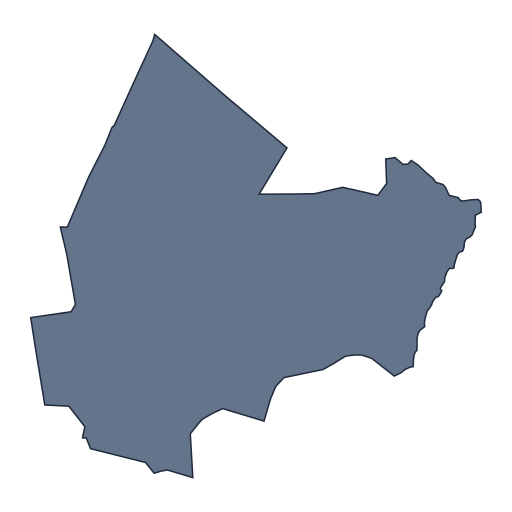 Rockingham, New Hampshire, United States of America
{"feature_id": "52423323B53018851624800", "entity_name": "Rockingham", "entity_type": "district", "adm_level": 2, "iso_a3": "USA", "parent_name": "United States of America", "parent_adm1": "New Hampshire", "projection": "orthographic", "projection_center": [-70.949, 43.006], "detail": "fine", "context": "isolated", "style": "filled", "palette": "slate", "viewbox_px": 512, "rotation_deg": 0, "n_neighbors": 0, "source": "geoboundaries", "source_scale": "gbopen_adm2", "svg_char_len": 1816}
<svg xmlns="http://www.w3.org/2000/svg" viewBox="0 0 512 512"><path d="M411.2,160.5L407.9,164.1L402.9,164.3L395.1,157.6L385.7,159.0L386.6,183.5L377.9,195.3L342.7,187.3L314.5,193.7L295.4,194.0L259.1,194.2L287.0,147.9L226.2,96.6L222.8,93.7L154.7,34.4L152.9,40.9L134.4,81.0L114.3,125.4L112.1,127.2L104.9,145.1L88.7,176.9L67.3,227.1L60.3,227.0L66.5,253.2L66.6,253.4L75.4,304.4L71.2,311.7L30.7,317.6L35.9,351.0L44.8,405.0L68.8,406.2L84.8,426.6L82.5,437.9L86.3,438.0L90.5,448.7L130.8,458.8L145.5,462.5L154.2,473.3L161.6,471.0L167.3,470.0L176.8,472.8L192.8,477.6L190.3,433.8L192.6,430.9L197.4,424.8L201.5,420.1L202.3,419.3L202.7,419.0L212.4,413.4L222.8,408.6L232.9,411.7L264.0,421.1L270.5,399.0L274.2,390.0L276.0,386.1L284.0,377.6L300.1,374.3L303.2,373.6L323.1,369.5L333.5,363.6L344.1,357.0L344.7,356.6L346.6,356.0L354.2,355.0L354.3,355.0L354.5,355.0L361.6,355.0L371.6,358.3L394.3,376.1L401.1,372.7L405.0,369.5L410.5,367.0L413.2,366.7L413.4,360.5L414.0,355.2L415.2,352.3L415.5,352.0L417.0,350.2L417.1,338.2L417.5,336.0L418.3,333.3L420.0,330.2L424.7,326.6L424.4,323.8L424.9,319.1L427.2,311.0L429.2,308.6L431.6,304.8L432.5,302.0L433.2,300.9L435.3,297.9L436.1,297.0L438.2,296.7L440.6,293.3L441.8,290.7L440.4,289.1L440.5,287.7L441.3,286.5L444.5,281.7L444.8,277.7L446.7,272.4L448.1,270.1L449.6,268.5L450.5,268.2L451.9,268.6L453.6,268.2L454.1,267.4L454.2,265.1L457.3,254.8L459.4,252.2L462.3,251.3L463.0,250.4L464.0,247.4L464.3,242.9L465.3,240.4L466.5,238.6L469.7,237.2L472.2,234.7L475.5,226.7L475.1,223.2L475.4,215.2L481.3,212.2L480.7,202.8L479.9,201.1L478.2,199.5L471.3,199.8L463.4,201.0L460.8,200.8L460.7,200.8L458.3,197.6L451.8,196.0L449.6,195.5L448.9,194.8L445.6,187.7L443.5,185.0L442.7,184.4L435.9,182.4L433.7,179.3L433.0,178.3L427.0,173.5L418.0,165.0L411.2,160.5Z" fill="#64748b" stroke="#1e293b" stroke-width="1.5"/></svg>